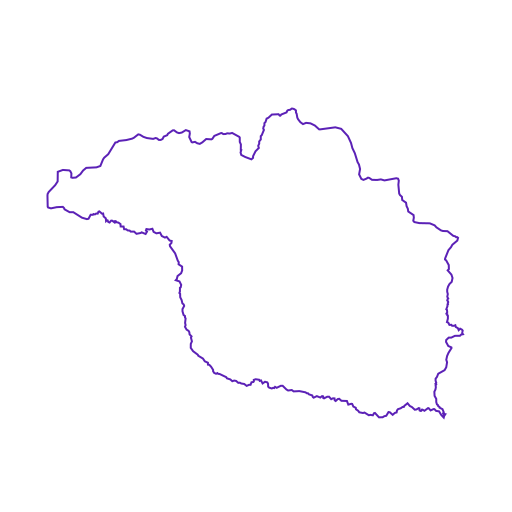 La Vega, Cauca, Colombia, rotated 185°
{"feature_id": "7082276B89331867807141", "entity_name": "La Vega", "entity_type": "district", "adm_level": 2, "iso_a3": "COL", "parent_name": "Colombia", "parent_adm1": "Cauca", "projection": "albers", "projection_center": [-76.765, 2.053], "detail": "fine", "context": "isolated", "style": "outline", "palette": "violet", "viewbox_px": 512, "rotation_deg": 185, "n_neighbors": 0, "source": "geoboundaries", "source_scale": "gbopen_adm2", "svg_char_len": 6033}
<svg xmlns="http://www.w3.org/2000/svg" viewBox="0 0 512 512"><g transform="rotate(185 256 256)"><path d="M458.7,287.3L452.7,288.1L451.3,286.9L450.8,285.8L445.5,283.4L441.8,283.7L432.7,279.0L427.7,278.0L426.1,278.5L424.3,282.7L422.1,282.8L421.6,283.6L420.1,283.4L418.9,284.4L417.4,284.4L416.8,286.4L416.0,286.8L413.0,284.7L412.0,285.0L411.2,282.1L408.9,280.4L408.4,277.7L407.6,278.6L407.0,278.6L406.1,277.0L404.8,276.6L403.4,278.6L402.5,278.7L399.5,276.9L399.2,277.3L399.6,278.4L398.8,278.5L397.6,277.4L396.0,277.3L393.8,276.0L393.4,273.6L390.5,273.8L389.7,271.2L387.6,271.3L386.1,270.3L384.1,270.3L383.0,269.4L379.6,269.7L377.0,267.7L372.8,268.9L372.0,269.6L367.9,268.3L366.7,270.8L367.9,271.8L367.5,273.3L364.6,273.1L361.6,274.1L360.1,271.1L357.2,269.9L353.6,270.9L351.6,267.7L348.3,266.4L346.7,267.3L343.4,263.9L341.3,263.6L341.4,261.6L342.9,259.7L342.5,258.2L336.8,251.6L333.5,244.5L332.4,243.1L332.4,241.0L328.7,239.0L328.3,235.2L329.1,232.3L332.4,229.2L332.9,226.1L333.8,224.9L330.0,224.0L328.0,220.7L328.3,218.2L329.0,217.7L328.7,214.0L329.1,212.5L328.3,211.8L327.9,208.3L326.3,205.7L325.2,202.4L323.8,201.4L323.2,200.0L324.6,196.7L324.4,194.5L323.0,190.9L321.5,190.0L321.4,188.6L320.7,187.7L320.8,183.1L320.1,181.0L320.6,179.3L318.7,176.6L316.7,175.6L315.8,174.3L315.3,172.1L313.2,170.3L313.7,169.0L312.4,165.4L313.3,162.8L313.0,158.8L310.4,155.7L305.4,152.6L304.8,151.6L299.9,149.2L297.8,146.6L294.6,145.5L294.4,143.6L293.0,143.5L291.1,141.8L288.8,138.8L288.7,137.5L287.5,135.9L285.5,135.2L284.3,136.0L283.4,135.3L282.0,135.3L275.1,132.7L274.3,131.6L270.8,130.8L268.7,129.2L266.9,130.0L264.9,129.8L262.6,128.1L261.1,128.4L259.6,127.7L256.6,127.5L254.0,125.8L251.6,127.1L250.2,127.2L249.5,129.8L247.6,130.3L247.2,131.1L247.4,132.4L245.6,133.2L242.1,133.0L241.4,131.9L240.2,132.5L238.3,129.6L236.1,131.5L233.7,131.1L232.9,129.9L232.5,126.9L231.4,126.0L228.7,125.4L227.4,126.2L226.4,126.0L225.6,127.3L223.9,126.5L219.9,128.9L218.1,129.0L214.1,125.7L212.3,124.8L208.7,125.6L206.7,124.4L201.0,125.2L194.8,124.5L193.4,123.7L192.3,123.8L191.2,122.8L187.8,122.0L187.1,120.5L186.2,119.9L183.2,121.7L179.6,120.6L178.1,122.1L177.2,122.2L176.8,121.9L176.7,120.5L175.8,120.1L172.8,122.0L171.0,122.2L168.6,119.9L167.0,120.9L165.4,121.0L165.0,119.1L164.0,118.5L162.1,120.6L160.7,121.0L158.3,119.2L152.8,119.5L151.1,116.0L148.2,117.1L147.3,117.0L145.9,114.5L143.4,113.5L143.0,112.0L140.7,110.7L139.5,109.3L135.7,108.9L134.3,109.5L129.7,107.2L128.3,107.7L125.7,107.5L124.7,109.7L123.8,110.0L119.4,106.0L115.8,106.4L114.2,107.6L112.3,108.2L110.4,112.1L109.1,112.0L106.0,109.7L104.0,111.8L102.3,112.4L102.1,114.4L101.2,115.8L98.6,116.9L96.8,118.4L95.6,118.5L95.2,119.6L92.2,122.5L89.7,120.0L87.5,119.1L84.4,116.7L82.8,117.1L80.6,118.7L79.9,118.5L79.6,116.4L78.7,116.0L77.8,116.2L77.4,117.4L76.8,117.5L74.7,116.5L71.3,119.5L70.7,119.4L68.6,117.4L65.7,119.0L64.9,119.0L63.1,117.4L60.1,117.2L57.7,113.9L54.9,111.4L54.6,113.2L54.1,114.0L54.9,114.3L54.0,115.0L54.9,115.2L55.1,115.8L55.8,115.8L55.5,117.0L56.9,119.7L59.9,120.9L60.1,121.7L61.4,122.3L61.8,123.4L62.8,123.9L63.7,126.2L64.0,129.4L65.9,132.2L66.5,136.3L65.6,138.7L65.4,141.0L65.8,142.6L65.3,143.8L66.1,144.3L65.4,145.4L66.2,147.3L66.4,149.4L65.2,151.3L64.2,154.6L58.2,158.7L56.8,161.7L56.4,166.8L57.4,169.2L56.9,173.1L55.8,176.3L53.2,181.4L53.4,182.0L56.6,183.1L59.2,187.0L59.2,188.9L56.9,191.5L54.4,191.7L50.9,193.8L45.9,194.3L44.8,195.6L43.0,196.1L43.9,197.3L43.6,199.7L44.3,200.5L46.3,201.4L47.6,199.8L48.6,201.7L50.8,202.7L51.4,204.4L52.8,203.7L54.6,203.6L55.4,204.5L57.3,204.2L58.6,206.3L60.0,206.8L59.4,210.2L59.6,213.1L60.3,213.6L60.3,214.6L61.3,215.1L60.6,216.7L61.1,219.0L61.8,219.5L60.9,222.7L61.0,224.2L60.5,224.7L60.9,225.7L60.5,226.6L60.7,227.5L61.6,228.3L61.4,229.7L60.8,230.3L61.9,232.1L61.6,234.8L62.4,237.0L62.6,239.2L62.0,242.3L60.8,245.0L58.8,247.3L58.3,251.2L59.7,254.5L63.8,258.4L62.7,259.8L63.2,263.8L66.1,268.1L67.4,269.0L67.4,270.0L64.8,278.6L62.5,281.8L61.4,284.3L56.8,288.9L56.3,291.7L57.2,292.3L58.3,292.2L59.1,292.9L61.3,293.3L67.4,297.4L72.0,297.2L73.9,297.6L78.8,300.3L80.7,302.1L85.7,303.7L96.1,303.0L101.2,303.6L102.4,304.8L102.1,307.9L102.6,310.5L108.2,313.6L108.9,316.4L110.3,318.7L111.2,322.2L115.2,324.5L115.8,327.7L117.9,329.3L118.8,330.7L120.4,339.4L120.3,343.5L121.2,345.4L123.0,345.7L134.6,342.5L138.3,343.2L142.0,342.3L147.1,342.0L149.9,343.6L150.9,343.8L151.6,343.7L152.5,342.8L155.6,341.2L157.8,342.0L160.4,346.3L159.9,351.7L161.4,356.1L163.0,358.4L166.5,367.0L169.4,371.9L171.2,376.9L174.9,383.4L182.2,390.1L188.2,391.1L203.3,387.7L204.2,387.7L208.7,391.1L213.3,392.9L217.7,393.0L220.7,391.5L223.5,393.2L225.9,395.8L226.9,397.4L227.9,401.2L228.7,402.4L228.9,404.5L230.6,405.6L232.2,406.0L233.2,406.0L234.8,404.6L236.6,404.2L237.5,403.5L238.1,401.7L243.1,399.2L244.0,397.9L244.6,397.9L245.9,399.2L252.5,398.3L255.7,394.8L257.4,393.8L258.2,390.3L259.2,389.1L259.0,386.7L259.7,385.5L259.9,383.6L259.1,382.3L260.8,376.9L261.7,375.8L261.4,372.5L262.8,370.4L262.6,368.2L263.4,365.9L262.6,363.9L265.6,360.3L267.6,355.2L267.5,353.5L269.0,351.9L275.4,353.7L279.5,355.4L280.4,357.8L279.9,360.3L280.4,360.4L280.8,365.9L282.1,368.2L282.5,372.5L283.0,373.2L290.5,376.5L292.8,375.7L295.4,375.7L296.9,374.9L299.2,374.6L300.9,375.5L301.8,375.3L308.0,372.0L309.7,368.9L310.6,368.3L315.8,368.2L319.4,364.5L321.8,362.8L324.4,363.2L326.7,364.4L329.4,363.6L330.1,363.9L332.9,368.7L332.6,372.2L333.1,374.4L336.9,375.3L340.7,372.5L343.4,371.7L345.5,372.2L348.6,374.1L349.9,373.9L354.4,370.1L355.0,368.6L358.3,366.9L359.3,364.4L361.1,363.3L363.0,363.2L364.6,364.4L366.2,364.8L368.7,363.7L375.0,364.0L378.6,364.9L382.2,366.7L383.9,366.9L388.0,363.1L389.7,362.1L395.3,360.2L402.6,358.7L404.1,357.3L406.0,356.8L412.1,344.5L415.8,340.7L416.8,338.9L418.9,332.1L422.7,330.4L432.8,329.0L435.7,326.1L438.1,322.2L442.2,318.5L445.6,317.9L446.9,318.2L447.1,322.2L448.4,324.3L449.5,325.0L455.9,324.9L460.8,322.6L460.1,313.0L462.2,309.1L468.1,301.7L469.0,299.6L469.0,297.9L467.8,286.9L467.3,286.2L464.4,285.6L458.7,287.3Z" fill="none" stroke="#5b21b6" stroke-width="2"/></g></svg>